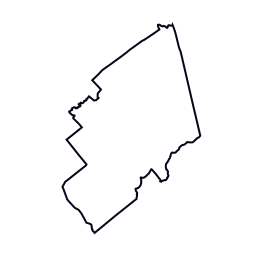 the district of Babaita, Teleorman, Romania, rotated 63°
{"feature_id": "2599482B60473454525777", "entity_name": "Babaita", "entity_type": "district", "adm_level": 2, "iso_a3": "ROU", "parent_name": "Romania", "parent_adm1": "Teleorman", "projection": "albers", "projection_center": [25.418, 44.126], "detail": "fine", "context": "isolated", "style": "outline", "palette": "ink", "viewbox_px": 256, "rotation_deg": 63, "n_neighbors": 0, "source": "geoboundaries", "source_scale": "gbopen_adm2", "svg_char_len": 5240}
<svg xmlns="http://www.w3.org/2000/svg" viewBox="0 0 256 256"><g transform="rotate(63 128 128)"><path d="M167.7,67.1L136.6,59.5L84.2,46.5L80.0,46.1L78.9,45.9L66.6,43.0L63.8,42.4L59.6,41.8L57.7,41.6L56.3,41.5L56.5,41.7L56.6,42.0L56.6,42.7L56.6,42.8L56.1,43.5L55.9,44.0L55.3,44.4L55.1,44.6L54.9,45.2L54.9,45.4L55.0,45.6L55.3,46.0L55.4,46.3L55.5,46.4L55.8,46.5L56.1,46.8L56.2,47.0L56.3,47.2L56.4,47.4L56.5,47.5L56.4,47.8L56.2,48.0L55.8,48.2L55.5,48.3L55.2,48.4L54.7,48.6L54.2,49.0L53.4,49.6L53.2,50.0L53.2,50.5L53.2,51.0L53.0,51.3L52.3,51.9L51.9,52.2L51.4,52.3L50.7,52.8L50.2,53.2L50.0,53.5L49.8,53.8L49.7,54.0L49.7,54.5L50.1,54.8L50.6,54.9L51.9,55.2L53.4,55.3L53.7,55.3L54.2,55.3L54.6,55.4L54.7,56.8L55.4,61.5L56.8,73.2L56.8,76.2L58.2,84.9L59.2,91.5L60.0,94.8L60.9,99.7L63.7,117.2L64.7,124.3L65.8,127.5L66.2,128.4L67.1,131.2L69.2,138.2L80.3,134.9L81.4,134.6L82.7,137.4L83.0,138.4L83.6,139.3L84.3,139.8L85.4,140.4L87.0,141.1L87.9,140.6L88.7,143.8L88.1,145.8L82.1,148.4L83.0,150.4L83.2,150.5L83.3,150.6L83.4,150.8L83.4,151.0L83.4,151.4L83.4,151.6L83.3,151.9L83.4,152.1L83.5,152.2L83.8,152.0L84.0,152.1L84.1,152.3L84.3,152.5L84.4,153.0L84.5,153.2L84.5,153.4L84.2,154.0L84.0,154.5L84.0,154.9L84.1,155.0L84.6,155.4L84.9,155.7L85.0,155.8L85.1,156.0L85.2,157.0L85.2,157.6L85.0,157.8L84.9,158.0L84.7,158.3L84.2,158.3L84.0,158.6L84.1,158.9L84.2,159.1L84.6,159.7L85.0,159.9L85.1,160.0L84.9,160.3L84.6,160.4L84.3,160.4L84.2,160.5L84.3,160.9L84.3,161.0L84.5,161.1L84.8,161.2L85.9,161.2L86.1,161.1L86.2,160.8L86.1,160.5L86.1,160.3L86.1,160.2L86.3,160.1L86.6,160.2L86.7,160.3L86.7,160.5L86.8,160.6L86.9,161.2L86.7,161.6L86.7,162.3L86.7,162.5L86.9,162.6L87.0,163.0L86.6,163.5L86.6,163.8L87.2,164.2L87.2,164.3L87.2,164.6L87.0,165.2L86.7,165.6L86.4,165.7L86.0,165.7L85.8,165.8L85.2,166.2L85.2,166.3L85.2,166.5L85.0,166.9L85.0,167.0L85.1,167.4L85.1,167.6L84.9,168.4L85.0,168.7L85.5,169.2L85.6,169.5L86.0,169.7L86.3,169.5L86.5,169.6L86.5,170.4L86.4,170.6L86.5,171.3L86.5,171.6L86.6,172.7L86.6,172.9L87.2,173.1L87.8,173.1L89.6,172.3L89.9,172.3L91.1,171.9L91.3,171.7L91.6,171.2L91.9,170.9L92.1,170.5L92.3,170.2L92.6,170.0L92.9,170.1L93.0,170.2L93.2,170.6L93.3,170.7L93.3,171.0L93.7,171.6L93.8,172.0L94.1,172.3L94.5,172.3L94.8,172.3L101.6,170.0L104.0,169.4L106.5,168.8L107.6,173.9L110.5,188.0L130.8,183.9L141.6,181.5L142.3,182.5L146.3,202.5L147.1,206.5L147.4,208.3L148.9,210.5L150.6,213.1L151.1,213.1L153.6,213.3L163.7,214.5L165.5,214.3L174.8,211.7L178.7,209.1L183.1,208.3L189.3,208.1L193.4,208.1L196.1,205.4L196.9,204.8L197.8,204.6L201.8,206.0L201.9,205.9L202.3,205.8L202.6,205.8L202.9,206.1L203.0,206.1L203.5,206.1L204.0,206.0L204.4,205.9L204.5,205.8L204.8,205.6L206.3,205.4L200.5,179.3L195.0,152.5L194.3,152.3L194.1,152.1L193.7,151.7L193.4,151.4L193.0,151.1L192.1,150.6L191.9,150.4L191.5,150.3L191.4,150.3L191.4,150.1L191.2,150.0L190.7,149.9L190.4,149.5L190.1,149.4L189.7,149.3L189.3,149.3L189.1,149.3L188.6,149.4L187.5,149.5L187.0,149.4L186.3,149.2L185.8,149.0L185.7,148.8L185.6,148.7L185.6,148.4L186.0,146.9L186.0,146.3L185.9,145.8L185.9,145.4L185.7,145.0L185.5,144.6L185.5,144.3L185.4,144.1L185.1,143.3L185.0,143.2L184.7,142.9L184.1,142.2L183.5,141.7L183.0,141.2L182.7,141.1L182.3,140.8L181.5,140.4L181.2,140.3L180.9,140.2L180.5,139.9L180.1,139.7L179.3,139.6L179.0,139.6L177.9,139.1L177.9,138.9L178.0,138.8L178.8,137.9L179.2,137.2L179.3,136.9L179.4,136.7L179.4,135.5L179.3,134.8L179.1,133.8L178.3,131.5L178.1,130.9L178.0,130.1L177.9,129.9L177.3,129.0L176.6,127.9L176.2,127.3L175.8,126.9L175.6,126.5L175.6,126.2L175.4,126.0L175.4,125.8L176.1,125.5L178.1,125.0L181.2,124.2L182.6,123.9L184.4,123.6L185.6,123.4L188.3,122.8L188.8,122.7L189.3,122.7L189.4,122.8L189.5,122.9L190.0,123.5L190.9,122.8L190.8,122.7L190.8,122.3L190.7,121.4L190.7,121.2L190.8,121.0L190.8,120.9L190.7,120.5L190.7,120.4L190.8,120.2L191.0,119.6L191.1,119.3L191.1,119.0L191.3,118.6L191.4,118.4L191.5,117.8L191.5,117.5L191.4,117.2L191.0,116.8L190.9,116.5L190.7,116.3L190.2,115.9L190.1,115.7L190.2,115.3L190.2,115.2L189.9,115.0L189.6,114.7L189.4,114.4L189.3,114.1L189.1,113.8L188.8,113.6L188.5,113.5L188.2,113.6L187.3,113.3L186.7,113.3L185.8,112.7L185.2,112.4L185.1,112.2L184.0,112.2L183.0,112.3L182.9,112.3L182.7,112.5L182.0,112.7L181.6,112.4L181.3,112.3L180.7,112.3L180.0,112.0L179.2,111.7L178.0,110.9L177.5,110.6L177.4,110.5L177.0,109.6L176.7,109.1L176.5,108.5L176.3,108.3L175.9,107.7L175.7,107.5L175.7,107.4L175.6,107.0L175.5,106.9L175.3,106.7L174.9,106.3L174.7,105.9L174.3,105.4L174.1,105.0L174.0,104.7L173.8,104.5L173.6,104.2L173.1,103.9L172.9,103.6L172.6,103.2L172.4,102.9L172.2,102.8L171.8,102.4L171.4,102.2L171.0,101.8L170.8,101.6L170.5,101.3L169.9,100.2L169.9,99.8L170.2,99.4L170.5,99.0L170.8,98.7L170.9,98.3L171.2,97.7L171.3,97.3L171.3,96.4L171.2,96.1L170.9,95.3L170.6,94.4L170.4,93.3L170.3,92.7L170.2,92.5L170.0,92.2L169.5,91.8L169.0,91.4L168.8,91.2L168.6,90.8L168.4,89.7L168.0,88.7L167.9,88.4L167.9,88.1L167.9,87.4L168.2,86.4L168.3,85.6L168.3,85.1L168.3,84.7L168.1,84.0L167.8,82.6L167.5,82.1L167.5,81.9L167.5,81.6L167.5,81.4L168.3,80.4L169.5,78.3L169.8,77.7L170.0,77.3L170.0,76.5L170.0,76.1L169.4,74.2L169.2,73.1L168.9,72.3L168.8,71.9L168.6,71.7L168.5,71.2L168.5,70.3L168.5,69.9L168.5,69.5L168.4,68.8L168.2,68.2L167.7,67.1Z" fill="none" stroke="#020617" stroke-width="2"/></g></svg>